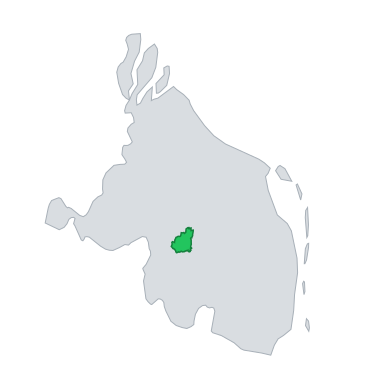 Apeldoorn, Gelderland, Netherlands shown in context, rotated 100°
{"feature_id": "6326949B63797534103796", "entity_name": "Apeldoorn", "entity_type": "district", "adm_level": 2, "iso_a3": "NLD", "parent_name": "Netherlands", "parent_adm1": "Gelderland", "projection": "robinson", "projection_center": [5.983, 52.18], "detail": "fine", "context": "in_parent", "style": "filled", "palette": "green", "viewbox_px": 384, "rotation_deg": 100, "n_neighbors": 0, "source": "geoboundaries", "source_scale": "gbopen_adm2", "svg_char_len": 5639}
<svg xmlns="http://www.w3.org/2000/svg" viewBox="0 0 384 384"><g transform="rotate(100 192 192)"><path d="M248.0,331.2L240.2,331.0L232.8,330.8L228.9,330.3L224.8,328.8L222.9,325.8L220.7,322.1L221.3,319.9L228.2,313.6L229.2,311.8L228.5,310.9L229.2,308.1L234.5,298.6L235.2,294.8L232.8,292.2L229.4,290.6L218.4,287.8L213.1,283.8L210.7,280.4L208.3,279.4L204.6,280.6L195.5,281.9L188.1,280.0L179.3,273.5L177.3,267.6L176.3,263.1L174.1,261.6L171.1,263.9L167.4,267.5L160.0,268.0L157.9,267.1L157.6,265.1L157.2,263.2L155.2,260.8L153.0,259.5L143.6,266.2L140.1,266.2L135.8,263.6L133.6,261.0L128.8,262.5L124.5,265.6L125.9,271.5L123.6,272.5L118.2,272.0L112.3,269.6L105.6,268.1L95.5,264.1L81.2,267.4L71.4,263.5L63.3,263.1L58.2,259.9L52.8,254.7L56.7,251.2L60.5,250.0L75.5,249.3L86.4,251.4L105.8,262.9L110.8,262.8L116.0,261.3L113.4,258.2L108.5,256.7L101.2,253.7L95.5,249.3L109.1,247.9L107.3,245.7L105.5,241.9L91.3,228.5L93.8,224.9L97.5,217.2L102.1,210.8L105.7,209.0L111.6,204.5L124.5,191.1L132.8,180.3L138.9,167.4L148.1,131.8L150.7,125.8L155.0,119.1L160.4,120.3L164.0,122.3L177.2,117.2L199.8,104.0L206.5,92.7L213.0,87.4L238.9,77.1L253.1,74.0L275.1,73.2L291.0,71.3L310.1,70.7L317.4,77.0L321.7,81.7L328.5,84.3L339.0,86.1L338.5,95.3L338.7,113.4L337.9,116.7L333.2,124.3L328.3,138.1L327.0,147.1L325.5,148.9L305.4,148.8L302.5,150.4L302.1,152.3L303.1,154.7L302.7,157.0L301.1,158.9L302.0,161.9L305.5,165.3L311.8,167.4L318.7,167.6L322.2,167.2L324.8,169.6L327.3,173.4L327.2,178.1L326.2,184.4L323.0,190.3L313.7,197.1L309.6,199.4L305.6,200.6L303.8,202.4L302.9,204.7L303.1,206.7L309.8,212.1L309.6,213.4L307.7,216.2L305.2,218.8L288.0,224.3L281.0,223.9L276.9,226.7L275.7,227.2L271.2,224.6L261.2,221.7L257.4,222.7L255.3,224.3L249.0,226.3L244.5,229.3L244.5,233.2L252.5,243.3L255.3,245.3L255.4,249.0L259.3,253.8L263.3,259.7L263.7,263.4L263.3,267.3L261.2,272.7L254.3,285.3L254.2,287.7L254.8,289.6L257.2,290.1L259.0,291.0L258.5,292.7L245.5,301.5L243.8,303.1L238.3,302.6L237.5,304.1L238.2,306.5L240.3,308.5L245.0,309.6L249.0,311.8L252.2,316.2L248.0,331.2ZM112.3,269.6L111.1,273.2L108.1,277.3L97.8,283.1L87.1,286.9L81.7,286.4L77.9,284.4L76.0,282.3L70.3,280.3L62.5,279.3L57.6,281.5L54.1,283.6L51.1,283.2L48.8,281.5L47.1,278.8L45.0,270.4L50.8,268.9L63.4,268.3L73.1,271.3L85.9,272.7L95.7,268.7L103.4,272.1L112.3,269.6ZM91.4,235.4L98.8,240.7L100.4,242.4L100.9,244.2L91.4,246.3L81.4,239.8L74.7,241.3L72.2,238.3L72.2,236.4L79.2,234.7L91.4,235.4ZM164.0,106.5L156.5,113.4L151.9,111.5L150.6,109.9L152.9,104.5L164.1,95.6L164.0,106.5ZM197.5,76.0L190.4,76.8L187.2,75.5L204.2,71.6L215.0,70.4L216.9,71.0L197.5,76.0ZM243.1,69.0L228.2,70.5L223.1,69.4L222.3,68.2L226.4,67.6L239.1,67.4L243.0,68.4L243.1,69.0ZM181.0,83.6L167.0,90.7L165.8,89.6L174.8,83.4L181.0,83.6ZM303.9,57.0L296.9,57.3L298.9,54.8L305.4,52.8L308.9,52.8L303.9,57.0ZM273.6,63.9L263.0,67.2L260.5,66.5L261.1,65.6L270.4,63.5L273.6,63.9Z" fill="#d9dde1" stroke="#a8b0b8" stroke-width="1"/><path d="M249.1,203.0L249.3,202.9L249.6,202.4L249.8,202.2L250.4,201.5L250.7,201.2L250.9,200.9L251.0,200.9L251.1,200.7L250.9,200.4L251.1,200.2L251.1,199.9L251.2,199.7L251.6,199.3L251.5,199.1L251.7,198.9L252.0,198.7L252.3,198.2L252.8,197.9L253.0,197.8L253.3,197.7L253.8,197.5L253.9,197.2L254.4,196.8L254.2,196.3L254.3,196.3L254.2,196.0L254.1,195.9L254.0,195.7L253.7,195.4L253.4,195.0L253.3,194.9L253.5,194.7L253.5,194.2L253.4,193.9L253.3,193.7L253.2,193.6L253.2,193.4L253.1,193.2L252.9,193.0L252.8,192.9L252.7,192.9L252.6,192.6L252.4,192.6L252.2,192.4L252.2,192.2L252.3,192.1L252.3,191.9L252.5,191.5L252.5,191.4L252.7,191.2L252.9,191.2L252.7,191.1L252.7,190.9L252.5,190.7L252.4,190.5L252.4,190.4L252.4,190.2L252.3,189.9L252.2,189.8L252.2,189.7L252.1,189.4L252.1,189.2L252.0,188.9L251.7,188.7L251.2,188.5L251.1,188.2L251.1,187.9L251.2,187.7L251.0,187.4L250.9,187.4L250.8,187.2L250.6,187.1L250.6,186.8L250.5,186.7L250.6,186.4L250.3,186.1L250.6,186.1L250.8,185.9L250.8,185.7L250.9,185.4L250.9,185.2L251.0,185.2L251.3,185.0L251.3,184.9L251.3,184.7L251.2,184.5L251.1,184.4L251.2,184.2L250.8,184.1L250.6,184.0L250.7,183.8L250.8,183.7L250.8,183.4L250.7,183.4L250.0,183.4L249.9,183.4L249.7,183.4L249.4,183.5L249.2,183.5L249.2,183.4L249.1,183.5L248.9,183.5L248.4,183.6L247.9,183.7L247.7,183.7L247.7,183.4L247.8,183.1L247.8,182.8L247.8,182.7L247.7,182.6L247.4,182.6L247.2,182.7L247.0,183.0L246.5,183.7L246.1,183.8L245.9,183.8L245.2,183.8L244.0,183.7L243.6,183.6L242.5,183.9L242.0,184.0L240.4,184.3L239.3,184.5L238.5,185.0L238.3,185.0L238.2,185.1L238.0,185.3L237.9,185.3L237.7,185.3L237.5,185.1L237.4,185.1L237.3,184.9L237.2,184.6L237.1,184.2L236.4,184.3L236.2,184.2L235.5,183.9L234.8,183.8L234.5,183.9L234.3,184.0L234.1,184.0L233.9,184.0L233.7,184.0L233.4,184.0L233.1,184.0L232.1,184.0L231.7,184.0L230.8,184.0L229.6,184.1L229.3,184.2L230.2,186.2L229.6,186.3L229.4,186.4L228.8,186.5L228.4,186.6L228.2,186.6L227.6,186.7L227.8,187.1L227.9,187.8L228.1,187.8L228.1,187.7L228.3,187.8L228.5,187.8L228.8,188.6L228.7,188.9L228.2,188.9L227.9,189.0L227.6,189.0L227.8,189.8L227.9,190.0L228.7,190.7L229.4,191.4L230.8,191.3L231.6,191.2L231.6,191.3L231.6,191.2L232.3,191.2L232.5,191.1L232.9,191.2L233.2,191.4L234.1,192.3L233.3,193.0L233.9,194.1L233.9,195.5L236.7,195.5L237.0,195.6L237.5,195.7L237.7,195.8L237.8,196.1L237.9,196.3L237.9,196.5L237.9,197.1L238.1,198.0L238.6,198.6L238.8,198.8L239.0,199.1L239.5,199.9L240.2,200.0L240.8,200.1L241.2,200.3L241.3,200.3L241.5,200.4L241.7,200.5L242.5,200.5L242.9,200.5L243.0,200.5L243.4,200.5L244.3,200.6L244.7,200.5L244.6,200.9L244.5,201.4L244.3,202.6L244.8,202.9L244.9,203.0L245.1,203.1L245.7,202.8L246.5,202.6L247.2,202.6L247.5,202.5L248.5,202.8L249.1,203.0L249.1,203.0Z" fill="#22c55e" stroke="#15803d" stroke-width="1.5"/></g></svg>